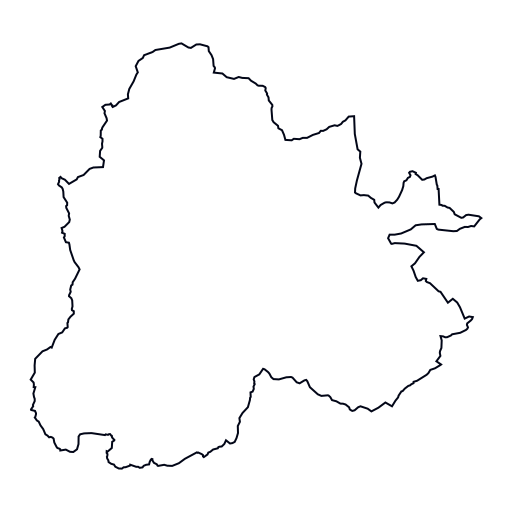 outline of Ramet, Alba, Romania
{"feature_id": "2599482B41424477367758", "entity_name": "Ramet", "entity_type": "district", "adm_level": 2, "iso_a3": "ROU", "parent_name": "Romania", "parent_adm1": "Alba", "projection": "orthographic", "projection_center": [23.514, 46.33], "detail": "fine", "context": "isolated", "style": "outline", "palette": "ink", "viewbox_px": 512, "rotation_deg": 0, "n_neighbors": 0, "source": "geoboundaries", "source_scale": "gbopen_adm2", "svg_char_len": 5963}
<svg xmlns="http://www.w3.org/2000/svg" viewBox="0 0 512 512"><path d="M203.8,457.1L207.5,454.5L208.3,452.6L210.3,451.8L213.1,449.5L217.8,448.3L218.4,447.1L219.5,446.7L221.7,446.5L224.3,444.0L226.0,440.3L230.0,443.5L232.4,443.1L234.7,441.9L236.5,438.1L238.0,433.0L237.8,426.0L239.9,421.8L239.4,418.1L242.5,413.0L247.9,407.2L249.9,400.1L250.1,397.8L250.7,396.9L250.5,392.4L252.6,391.6L253.8,388.9L253.5,386.6L254.7,384.1L254.2,383.6L254.4,381.4L253.7,379.4L254.2,377.7L254.5,377.0L259.3,374.4L263.1,368.8L264.6,369.3L268.1,372.1L269.4,373.6L271.3,377.2L273.5,379.1L278.9,379.4L286.3,377.3L291.0,377.0L292.5,377.6L296.7,382.3L299.6,383.3L304.4,380.4L306.2,379.9L307.3,381.2L309.9,387.2L317.8,394.3L321.4,395.9L327.9,395.3L328.7,395.6L330.3,397.1L332.0,400.1L336.4,401.3L340.4,403.6L343.0,403.7L345.6,404.5L349.1,407.3L349.8,409.4L351.6,410.6L352.4,410.9L354.6,410.3L358.2,407.2L360.5,406.3L367.7,408.7L371.4,411.4L378.4,407.7L385.4,402.5L392.0,406.3L395.5,400.6L398.1,397.4L398.6,395.6L401.4,391.4L402.6,391.1L404.8,388.6L408.3,385.9L410.2,385.3L411.2,384.3L413.5,383.2L413.6,381.8L417.0,380.8L426.6,374.8L428.4,373.1L430.3,369.9L435.0,368.3L440.6,364.9L441.1,364.5L436.4,361.3L440.4,355.9L439.8,352.9L440.0,351.2L441.4,348.0L441.7,340.4L440.5,336.1L443.2,336.4L445.2,337.3L447.1,337.2L450.9,335.5L452.1,334.3L460.2,332.8L465.9,330.0L467.3,328.8L468.0,327.4L466.9,324.9L467.2,323.4L470.9,320.4L472.1,319.0L472.8,317.1L469.1,316.5L464.7,318.6L460.0,307.3L457.2,302.5L452.8,298.8L447.9,302.7L440.5,291.8L438.6,291.3L430.0,283.2L426.8,282.0L425.8,281.0L426.3,278.9L423.0,278.3L420.8,280.2L417.8,280.8L415.7,277.0L413.5,270.6L411.4,266.3L415.0,263.3L419.5,256.8L423.9,252.3L416.4,245.8L404.7,243.6L394.8,243.1L391.8,243.9L391.1,243.6L388.1,238.2L389.6,234.7L394.5,234.7L401.1,233.5L410.8,229.4L415.6,225.3L421.6,224.4L434.8,224.0L436.8,228.9L438.3,229.6L453.2,231.2L456.9,231.0L459.9,228.8L464.8,226.9L468.0,227.0L471.1,226.0L474.2,226.4L479.7,219.4L481.3,218.1L478.9,216.3L468.5,214.7L466.1,215.1L463.1,217.5L461.3,217.8L454.7,214.3L453.8,211.9L449.6,207.9L447.5,207.5L444.7,205.8L442.4,205.7L441.7,205.0L439.4,204.7L438.6,189.0L437.6,189.0L437.3,185.5L436.8,184.7L435.5,176.9L434.9,175.4L432.5,176.6L426.6,178.2L424.4,179.5L422.2,179.8L417.7,175.3L415.6,174.0L415.9,172.8L412.5,171.2L409.9,171.8L409.1,172.8L410.5,175.2L409.9,176.9L407.9,177.9L406.4,180.3L404.2,181.3L403.6,182.8L403.3,186.2L402.1,190.1L399.0,196.8L397.2,199.7L394.6,202.5L392.4,203.4L389.4,202.4L386.1,202.3L384.6,202.7L380.6,205.0L378.4,207.6L374.5,202.5L374.2,199.8L370.9,197.9L368.2,195.6L363.8,195.1L360.5,195.4L356.0,193.3L355.0,192.5L355.2,188.4L356.9,180.5L361.5,163.8L359.9,157.8L360.3,151.6L357.6,149.3L354.8,134.0L354.1,116.2L348.7,116.6L345.4,120.4L342.8,121.8L341.2,123.9L339.3,125.0L337.4,125.9L334.6,125.3L329.2,126.9L326.6,129.3L323.1,130.9L320.8,130.8L319.0,133.0L312.9,134.9L307.0,137.9L302.7,137.9L299.5,139.2L293.8,138.8L291.7,140.3L285.4,139.9L284.0,134.8L282.0,130.2L278.4,128.3L278.0,125.8L273.6,122.2L272.3,120.0L271.5,109.6L271.6,108.0L272.4,106.4L272.3,104.9L268.8,100.5L268.5,97.4L266.9,94.6L267.1,93.5L265.3,90.5L265.7,88.1L265.2,87.1L262.7,85.8L258.6,85.7L257.5,85.3L255.8,83.6L251.0,80.7L248.6,78.2L242.2,77.9L238.7,77.0L234.0,78.9L226.7,77.2L222.4,73.5L213.8,72.6L215.0,68.3L214.8,67.4L213.6,65.9L213.1,59.1L211.5,55.1L208.8,51.1L208.5,47.2L207.5,46.3L200.0,44.3L196.3,44.5L190.9,47.9L188.4,47.5L181.5,43.4L178.9,43.8L169.7,47.6L155.4,50.0L152.6,52.0L144.1,55.2L142.8,58.0L138.5,60.9L135.7,66.2L137.8,72.4L136.4,74.5L133.6,81.4L129.3,88.9L127.9,94.3L128.2,98.4L119.1,102.0L116.0,105.4L112.7,107.0L112.1,106.1L112.6,105.9L112.5,105.5L111.7,104.9L110.8,103.5L109.6,104.5L105.4,104.8L102.3,107.0L104.9,111.0L104.5,113.3L106.6,118.2L107.0,120.6L102.6,127.1L102.0,128.4L101.9,129.6L100.8,130.5L100.7,135.9L100.3,137.1L102.5,138.8L102.5,141.4L102.0,143.8L102.3,147.2L102.2,147.9L100.1,150.9L99.7,156.8L104.0,160.4L103.0,167.1L93.4,167.5L89.6,168.9L83.6,175.0L77.9,177.1L76.7,179.4L69.0,183.9L64.9,179.7L61.6,178.2L60.5,176.9L59.2,178.0L59.5,179.3L59.0,180.5L59.1,181.8L58.0,184.2L59.0,185.5L61.8,187.4L62.7,189.0L63.3,191.6L63.6,197.1L67.2,202.7L67.1,205.2L66.1,206.1L66.3,207.9L69.1,213.4L68.7,215.8L69.8,219.6L69.2,222.1L64.5,226.8L61.6,228.0L62.5,231.1L62.0,232.7L64.7,233.8L64.7,236.2L63.9,237.5L64.3,238.4L65.9,242.2L68.9,242.7L69.4,244.4L70.2,250.0L73.7,260.2L74.6,262.1L78.5,267.2L79.6,269.4L75.0,278.8L72.7,282.2L72.5,284.6L71.2,285.5L70.2,289.6L70.7,291.8L69.1,295.1L69.0,296.2L71.3,298.2L72.2,300.4L72.5,306.4L71.8,309.0L72.0,310.2L73.8,311.2L73.8,313.7L70.5,316.7L68.4,319.4L68.0,322.3L67.4,323.0L67.7,327.1L67.3,327.7L64.9,328.4L62.2,332.4L58.4,334.0L54.7,339.8L51.7,347.6L50.5,347.0L47.0,349.5L42.5,351.3L35.2,358.8L34.6,365.4L34.8,372.6L30.7,379.6L33.6,382.5L33.9,384.6L33.7,387.1L35.3,387.2L33.4,393.5L34.0,396.9L34.7,398.8L34.7,401.1L32.9,405.0L33.2,406.2L31.0,409.4L31.2,410.0L35.0,410.9L36.0,413.2L36.0,414.2L35.3,416.9L34.8,417.5L36.9,420.5L38.7,421.6L40.5,425.4L43.2,429.1L45.4,434.3L47.5,435.6L49.1,437.3L50.8,436.9L52.5,437.6L53.6,438.6L54.3,442.5L56.6,447.0L57.4,448.0L59.7,448.8L60.2,449.3L60.3,450.5L65.8,449.6L70.0,451.8L73.3,452.0L77.0,449.3L78.5,444.1L78.6,436.5L80.1,434.3L84.1,433.4L91.5,433.1L105.0,435.1L105.6,434.4L108.1,434.8L109.1,434.1L110.1,434.1L111.3,435.7L111.8,435.8L112.1,437.5L114.4,440.0L114.2,440.5L112.2,441.8L111.8,448.0L107.6,451.6L106.7,451.2L106.6,452.9L107.5,454.1L107.3,456.0L106.9,456.8L107.2,458.5L108.3,460.3L108.6,462.1L111.2,463.8L114.0,464.6L115.3,466.7L118.8,468.5L121.9,468.6L123.6,467.3L125.6,467.2L130.0,465.6L130.2,464.7L136.2,466.8L138.2,466.8L139.7,467.8L142.5,467.4L143.7,465.8L146.1,464.8L149.1,464.4L149.7,461.9L150.8,459.7L151.6,458.9L152.4,459.1L152.4,460.3L153.9,462.8L156.8,464.3L157.6,465.7L158.1,465.9L164.2,464.8L167.3,465.7L172.2,465.9L178.9,463.2L184.9,458.8L196.8,452.4L197.5,452.8L198.1,452.5L201.7,454.1L203.0,455.1L203.0,456.4L203.8,457.1Z" fill="none" stroke="#020617" stroke-width="2"/></svg>